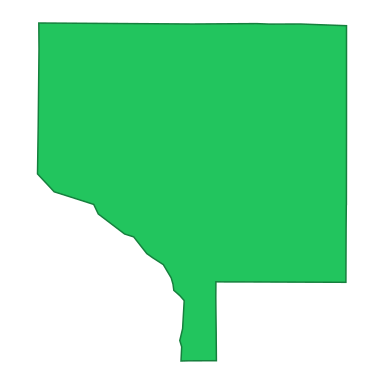 outline of Anoka, Minnesota, United States of America
{"feature_id": "52423323B48420987628621", "entity_name": "Anoka", "entity_type": "district", "adm_level": 2, "iso_a3": "USA", "parent_name": "United States of America", "parent_adm1": "Minnesota", "projection": "mercator", "projection_center": [-93.252, 45.225], "detail": "fine", "context": "isolated", "style": "filled", "palette": "green", "viewbox_px": 384, "rotation_deg": 0, "n_neighbors": 0, "source": "geoboundaries", "source_scale": "gbopen_adm2", "svg_char_len": 633}
<svg xmlns="http://www.w3.org/2000/svg" viewBox="0 0 384 384"><path d="M346.5,25.7L300.2,24.0L269.5,24.1L256.5,23.6L192.2,24.0L38.8,23.0L39.0,49.1L38.2,126.1L37.5,173.9L54.2,191.8L93.7,204.4L98.3,214.0L124.6,234.0L133.7,236.9L146.8,253.6L152.9,257.9L163.3,264.6L171.2,277.9L173.0,284.2L173.8,290.3L180.1,295.9L184.2,300.6L182.6,328.7L179.8,340.5L181.7,346.9L181.0,361.0L188.1,360.8L216.4,360.7L216.3,348.0L216.2,337.7L216.2,334.6L215.9,309.6L215.8,297.3L215.9,281.8L225.3,281.9L240.4,281.9L291.8,282.1L345.9,282.3L346.1,229.0L346.3,205.1L346.4,204.9L346.5,128.3L346.5,25.7Z" fill="#22c55e" stroke="#15803d" stroke-width="1.5"/></svg>